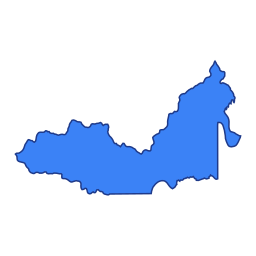 Tonantins, Amazonas, Brazil (Natural Earth projection)
{"feature_id": "56859067B7727099181602", "entity_name": "Tonantins", "entity_type": "district", "adm_level": 2, "iso_a3": "BRA", "parent_name": "Brazil", "parent_adm1": "Amazonas", "projection": "natural_earth1", "projection_center": [-67.705, -2.576], "detail": "fine", "context": "isolated", "style": "filled", "palette": "blue", "viewbox_px": 256, "rotation_deg": 0, "n_neighbors": 0, "source": "geoboundaries", "source_scale": "gbopen_adm2", "svg_char_len": 5884}
<svg xmlns="http://www.w3.org/2000/svg" viewBox="0 0 256 256"><path d="M215.0,61.2L214.3,62.2L213.9,63.7L213.2,65.0L211.4,67.2L210.6,68.4L210.1,69.4L209.9,70.0L209.7,71.2L210.9,73.7L210.9,75.2L210.3,76.2L209.3,77.0L206.8,77.6L205.8,78.2L204.9,79.3L204.4,80.5L203.9,81.6L203.0,83.0L200.5,83.1L199.2,83.7L198.2,84.4L197.2,85.3L195.8,85.7L194.7,86.5L193.7,87.5L192.7,88.5L191.4,88.4L190.3,89.2L189.2,89.7L188.2,90.5L186.8,91.7L185.9,92.8L184.7,93.7L183.3,93.7L181.7,94.2L180.8,94.9L179.6,96.4L179.2,97.6L179.7,99.0L179.8,100.5L178.4,103.6L178.5,104.8L178.4,108.3L178.2,109.6L177.4,111.2L176.0,111.7L174.5,111.4L172.7,113.4L171.6,113.6L170.3,113.5L168.9,114.3L168.7,115.8L168.0,119.0L167.7,120.6L167.6,121.9L167.7,123.8L167.5,125.5L166.7,126.9L164.6,128.9L163.6,129.6L160.9,129.8L159.9,130.3L159.7,131.6L159.4,132.9L158.0,133.8L156.8,134.2L155.5,135.0L153.6,136.4L152.8,137.4L153.0,138.8L153.9,141.5L154.0,143.1L153.4,144.3L152.3,145.1L151.4,146.1L151.1,148.2L150.9,150.1L150.1,150.9L148.9,150.9L147.8,150.6L146.5,150.0L145.2,149.9L143.9,150.6L143.0,151.5L142.3,153.1L141.3,154.0L140.2,153.7L139.2,152.9L138.0,152.3L136.6,151.3L135.7,150.0L134.9,149.0L133.6,148.4L132.1,147.4L130.8,146.9L129.3,146.6L127.8,146.7L126.5,146.5L125.5,145.8L124.1,143.5L123.0,143.3L122.3,144.2L121.3,145.4L120.5,146.7L119.6,146.0L118.5,145.3L117.1,144.8L116.4,143.5L115.0,143.6L113.9,142.6L112.7,139.8L111.8,138.4L110.8,137.2L109.7,136.2L108.9,135.0L108.1,133.4L107.7,131.5L108.2,130.3L108.3,128.5L108.7,127.2L108.4,125.6L107.7,124.3L105.3,124.3L104.2,124.7L103.2,125.5L102.3,124.5L101.6,123.2L100.4,122.5L99.3,123.0L98.2,123.3L96.7,123.4L95.1,124.0L92.2,123.8L91.2,124.4L90.6,125.8L89.8,126.8L88.8,127.4L87.7,127.5L86.6,127.2L85.4,127.2L84.4,126.6L83.3,125.6L81.8,124.0L81.0,122.3L79.7,121.9L78.5,121.9L77.0,121.6L76.0,120.9L74.6,120.3L73.3,120.0L71.9,120.4L71.2,121.7L70.2,123.0L69.5,124.4L69.2,126.2L68.6,127.4L68.0,128.7L67.9,130.1L67.6,131.3L66.6,132.5L65.9,133.9L64.9,134.6L63.8,134.6L62.4,134.3L60.9,134.4L58.4,135.2L57.1,134.8L55.9,134.2L54.5,134.1L53.4,133.3L52.2,133.4L51.1,133.3L49.8,132.7L49.1,131.6L47.7,131.7L46.8,130.9L45.6,130.8L44.3,132.0L43.2,132.3L40.1,132.2L38.8,132.6L37.9,133.5L36.9,135.1L36.4,136.8L36.0,139.5L35.5,141.2L34.3,142.2L33.2,141.6L32.1,140.6L30.8,140.6L29.7,139.9L28.3,139.7L27.4,140.8L26.5,142.4L25.1,144.5L24.0,147.8L23.3,149.3L22.5,150.5L21.6,151.3L20.5,152.2L19.0,153.1L16.4,153.3L15.4,154.1L16.5,155.5L17.0,156.7L17.1,158.5L17.3,159.9L18.3,161.1L19.7,161.7L23.4,162.6L24.7,163.2L25.5,164.7L26.0,165.9L26.9,167.2L27.8,168.0L28.6,168.9L29.0,170.4L29.7,171.6L30.8,172.6L33.2,173.5L34.4,173.4L35.7,172.5L37.0,172.3L38.3,172.5L39.4,173.1L40.4,173.1L42.0,173.1L43.0,172.8L44.8,171.9L46.1,172.0L47.0,173.4L48.5,173.8L50.1,173.6L52.5,173.7L53.9,173.1L54.8,173.1L56.6,173.2L59.5,173.8L61.1,173.7L61.9,174.5L61.8,176.5L61.9,177.9L63.0,178.6L64.6,178.6L65.9,178.8L67.0,179.3L68.4,180.2L69.6,181.2L70.8,181.9L71.9,182.0L73.7,181.4L76.2,180.7L77.3,181.0L78.4,181.1L79.8,181.5L80.9,183.1L81.0,184.4L80.9,185.7L81.0,187.3L81.4,188.7L82.1,189.6L83.7,189.3L85.1,188.3L86.4,188.6L87.1,190.3L87.4,192.0L88.2,193.3L89.6,193.8L90.8,193.6L92.0,192.6L93.2,191.9L94.1,192.7L95.4,192.5L96.2,191.2L96.8,189.9L98.3,189.7L99.1,190.6L100.3,191.5L101.4,191.5L102.8,192.1L103.4,193.4L104.7,194.1L107.4,194.8L108.6,194.8L109.7,194.0L151.2,193.6L151.6,191.1L152.4,188.6L152.9,187.3L153.8,186.1L155.4,184.1L157.5,182.3L158.9,181.5L160.6,180.9L161.7,180.7L163.1,180.7L164.4,180.9L165.5,181.5L166.9,182.7L169.6,186.4L171.0,187.8L172.5,188.7L174.1,187.7L175.0,187.0L175.7,185.8L176.3,184.8L176.8,184.5L176.6,183.6L176.7,183.1L176.7,182.4L176.9,181.1L177.1,180.6L177.7,180.7L178.0,180.4L178.6,180.1L179.0,180.5L179.4,180.9L179.8,181.2L180.3,180.2L180.8,180.0L182.1,180.2L182.5,180.0L183.0,179.8L183.8,178.7L184.9,178.6L185.4,178.1L186.1,178.2L186.8,177.8L187.3,177.3L187.8,177.6L188.3,177.6L188.9,177.9L189.4,177.9L189.8,177.5L190.3,176.9L192.1,177.2L193.2,176.5L194.0,177.5L194.6,178.5L195.9,178.9L196.3,180.3L198.6,180.4L199.8,179.9L201.0,179.5L202.0,179.1L203.3,178.7L204.4,178.1L205.5,178.6L206.6,178.9L209.0,178.2L209.0,176.9L210.0,176.2L210.5,175.0L211.6,175.8L212.7,176.2L213.6,177.1L214.5,178.1L215.5,179.0L216.6,179.2L217.7,178.8L217.6,124.9L217.9,122.5L218.7,122.4L220.4,122.6L221.4,123.2L222.4,124.4L222.8,125.0L223.4,126.8L224.4,130.2L225.3,135.6L225.5,138.7L226.4,141.5L227.4,143.8L228.1,145.2L228.7,145.9L229.1,146.2L230.0,146.6L231.4,146.8L232.0,146.7L234.1,146.3L235.8,145.5L236.2,145.1L237.2,143.8L238.3,141.8L240.3,137.3L240.6,135.9L239.6,135.8L238.5,135.4L237.7,134.8L237.0,134.5L235.9,133.9L234.5,132.8L232.2,132.0L230.5,131.5L230.1,130.9L229.5,129.7L229.1,128.4L228.9,126.5L229.0,122.2L229.0,121.3L228.7,119.4L228.1,117.7L227.8,117.1L226.7,115.5L224.8,113.1L224.7,112.7L224.6,112.1L224.2,111.7L224.3,111.1L224.8,110.4L225.2,108.9L225.5,108.3L226.0,108.3L226.0,108.9L226.3,109.3L226.7,108.8L226.8,108.1L226.6,107.5L226.8,107.1L227.9,106.7L228.4,106.9L228.5,106.4L228.3,105.8L228.5,105.2L228.9,104.5L229.3,103.4L229.7,103.1L230.2,103.1L230.5,103.5L231.0,103.8L231.1,103.4L231.0,102.6L231.2,102.0L231.4,100.7L231.8,100.0L232.3,99.9L233.3,100.3L233.4,101.0L233.3,101.7L234.0,102.5L234.3,102.0L234.5,99.8L234.5,99.0L234.9,98.4L235.0,97.9L234.7,97.0L234.3,96.5L233.8,96.0L233.6,94.4L233.4,93.8L232.5,92.1L231.3,90.7L230.6,90.1L230.4,89.4L230.4,88.8L230.3,88.2L229.9,87.7L229.2,86.7L228.3,85.4L227.8,85.0L226.8,84.7L226.4,84.3L225.3,83.8L224.9,83.6L224.1,83.2L223.5,83.2L223.0,82.8L222.2,83.0L221.7,83.1L221.2,83.5L220.5,83.3L220.2,82.9L220.0,82.3L220.1,81.7L220.4,81.1L221.6,79.5L222.2,79.2L222.9,79.0L223.3,78.6L223.8,77.4L224.6,76.4L224.8,75.0L224.7,74.1L224.8,73.4L224.8,72.8L224.6,72.3L224.2,71.8L223.6,71.6L222.4,71.6L222.0,71.5L220.6,70.8L219.8,69.9L219.6,68.6L218.9,67.5L218.2,66.3L217.4,65.2L216.6,64.3L216.2,63.1L215.0,61.2Z" fill="#3b82f6" stroke="#1e3a8a" stroke-width="1.5"/></svg>